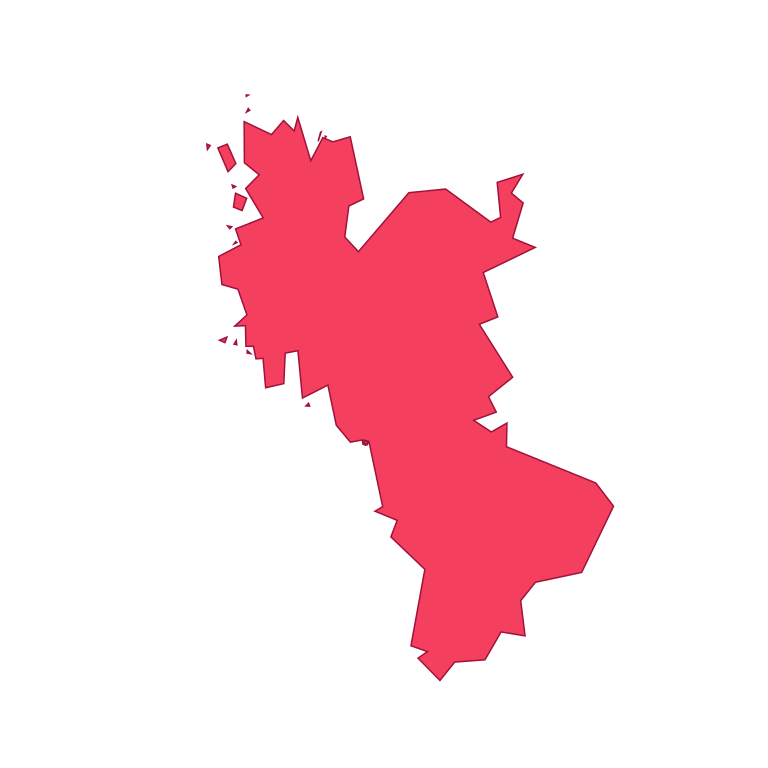 outline of Portobelo, Colón, Panama, rotated 294°
{"feature_id": "35544464B89301673090177", "entity_name": "Portobelo", "entity_type": "district", "adm_level": 2, "iso_a3": "PAN", "parent_name": "Panama", "parent_adm1": "Colón", "projection": "robinson", "projection_center": [-79.633, 9.507], "detail": "medium", "context": "isolated", "style": "filled", "palette": "rose", "viewbox_px": 768, "rotation_deg": 294, "n_neighbors": 0, "source": "geoboundaries", "source_scale": "gbopen_adm2", "svg_char_len": 1976}
<svg xmlns="http://www.w3.org/2000/svg" viewBox="0 0 768 768"><g transform="rotate(294 384 384)"><path d="M544.8,290.1L596.1,252.6L584.4,238.8L584.2,227.9L558.2,226.3L592.5,196.8L578.6,199.0L583.9,185.1L566.1,179.8L566.8,149.5L529.3,166.5L524.4,184.9L506.3,178.1L486.6,206.1L465.3,185.3L453.0,196.7L433.3,181.1L408.9,195.5L411.2,212.0L391.3,230.7L376.2,224.1L380.9,233.7L362.3,242.5L365.3,249.4L354.9,256.8L358.2,263.1L332.4,277.4L343.6,292.3L372.0,281.2L379.4,291.8L338.0,315.2L360.2,333.2L326.9,357.2L317.2,377.0L324.4,387.4L325.4,393.6L271.4,432.7L264.1,427.5L264.8,451.5L247.1,452.5L231.3,496.7L155.8,515.1L157.2,532.5L147.4,526.6L135.9,555.7L158.7,561.7L173.1,588.4L205.1,591.8L211.3,615.3L241.7,597.0L264.5,603.0L292.3,641.2L365.7,643.4L379.7,617.8L376.5,521.4L398.3,512.2L383.8,501.5L387.3,480.7L404.0,498.0L414.9,484.6L442.5,498.8L477.3,446.8L491.6,460.7L526.2,429.3L570.3,466.6L569.5,442.2L606.0,437.5L610.2,422.7L632.1,425.5L614.2,405.4L583.6,422.8L575.3,415.7L587.2,361.0L568.9,328.9L494.5,306.8L502.3,288.4L532.3,279.5L544.8,290.1ZM539.4,143.3L532.1,136.2L514.5,155.2L525.1,159.0L539.4,143.3ZM497.9,170.8L484.4,174.5L484.7,183.8L497.8,183.0L497.9,170.8ZM588.1,223.7L578.9,225.1L588.7,224.1L588.1,223.7ZM357.5,249.8L358.9,245.5L356.6,246.4L357.5,249.8ZM362.9,221.4L357.1,215.9L357.1,221.9L362.9,221.4ZM526.5,127.3L531.2,128.2L531.1,124.6L526.5,127.3ZM323.8,387.1L320.9,389.0L324.5,390.8L323.8,387.1ZM465.7,180.9L464.8,176.8L463.2,179.9L465.7,180.9ZM580.4,148.0L576.5,147.8L579.4,150.0L580.4,148.0ZM363.7,231.3L359.4,230.8L360.0,233.6L363.7,231.3ZM335.7,322.9L332.2,321.6L333.5,325.0L335.7,322.9ZM504.0,164.4L501.7,166.4L504.0,168.1L504.0,164.4ZM323.8,392.8L320.5,390.3L320.6,392.2L323.8,392.8ZM453.9,190.6L451.0,190.0L453.4,192.1L453.9,190.6ZM590.8,141.2L592.7,142.6L592.1,140.6L590.8,141.2ZM324.1,393.5L324.8,391.4L323.4,393.5L320.8,393.2L324.1,393.5ZM586.5,229.5L585.0,230.3L586.6,230.5L586.5,229.5Z" fill="#f43f5e" stroke="#9f1239" stroke-width="1.5"/></g></svg>